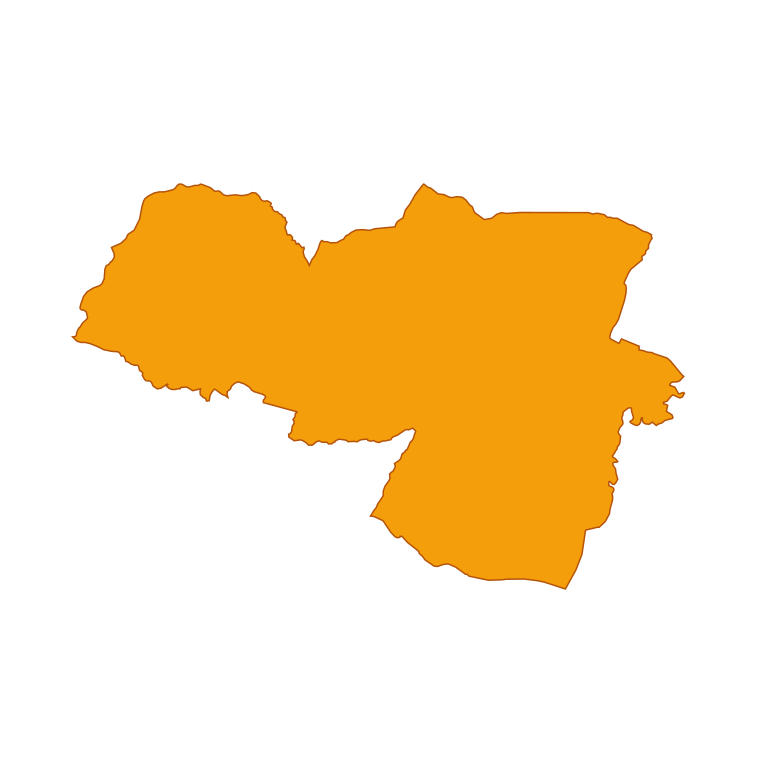 Sesquilé, Cundinamarca, Colombia (orthographic projection), rotated 168°
{"feature_id": "7082276B63627699058168", "entity_name": "Sesquilé", "entity_type": "district", "adm_level": 2, "iso_a3": "COL", "parent_name": "Colombia", "parent_adm1": "Cundinamarca", "projection": "orthographic", "projection_center": [-73.794, 5.015], "detail": "fine", "context": "isolated", "style": "filled", "palette": "amber", "viewbox_px": 768, "rotation_deg": 168, "n_neighbors": 0, "source": "geoboundaries", "source_scale": "gbopen_adm2", "svg_char_len": 6150}
<svg xmlns="http://www.w3.org/2000/svg" viewBox="0 0 768 768"><g transform="rotate(168 384 384)"><path d="M91.3,474.4L94.9,477.5L98.8,479.6L107.0,487.3L111.0,488.9L113.0,490.4L121.5,497.7L125.8,498.6L127.6,499.9L130.7,500.5L133.3,503.8L138.8,506.3L141.3,506.9L144.3,506.8L148.3,509.1L214.9,523.4L228.9,525.4L233.5,527.2L238.7,526.5L244.1,523.7L251.7,524.0L259.5,532.6L260.2,534.7L260.8,539.0L263.2,541.7L265.4,546.6L268.1,549.9L269.8,550.9L273.5,552.0L279.3,552.3L281.6,553.4L285.8,556.7L291.6,558.7L297.3,565.6L300.8,567.9L303.0,570.9L303.9,571.3L314.0,562.8L321.2,554.6L326.8,549.8L330.9,542.5L335.5,540.9L337.8,539.5L339.4,537.7L340.4,535.4L360.9,537.8L365.9,537.2L373.1,539.5L379.5,540.4L384.8,539.0L388.1,537.3L390.3,537.0L393.5,534.0L396.8,533.4L400.0,532.2L401.4,532.2L407.0,533.2L410.2,535.1L412.8,535.6L415.2,537.3L417.3,535.2L420.8,529.1L425.4,523.4L428.5,520.9L432.4,515.5L433.4,519.8L435.4,525.1L435.7,529.1L435.4,530.5L433.9,533.1L433.9,534.5L435.9,534.3L438.4,539.3L439.4,539.4L440.0,538.8L440.8,539.3L441.0,542.1L441.5,542.9L444.0,543.9L443.0,546.3L444.0,548.6L445.4,549.8L447.0,549.7L447.7,550.5L447.8,554.5L448.5,557.7L445.3,562.5L446.2,563.9L446.2,567.2L448.1,568.4L448.7,570.5L451.5,572.9L452.2,574.5L455.2,575.5L456.7,578.2L456.5,580.2L458.0,581.5L458.1,582.1L456.8,583.9L456.9,584.5L459.6,587.1L460.6,587.6L463.3,587.6L465.1,588.8L466.3,590.8L466.7,593.0L469.6,597.4L473.2,598.6L476.8,597.6L482.2,597.6L485.5,598.3L489.9,599.9L498.9,600.9L501.8,602.6L503.9,605.7L505.6,607.2L509.5,607.7L512.8,612.0L521.1,617.4L522.2,617.6L524.1,616.9L528.1,617.6L534.1,617.2L536.8,618.4L539.7,621.2L542.5,622.2L544.8,621.3L547.6,618.9L550.1,617.9L559.0,617.6L564.0,618.7L569.1,618.6L575.1,617.0L579.1,615.1L580.9,613.2L583.7,608.2L588.8,596.0L596.5,586.3L602.9,583.8L604.2,582.7L605.9,580.0L612.2,576.3L622.2,574.2L620.9,568.0L621.4,564.2L624.1,561.1L625.8,560.4L628.6,558.0L630.8,557.6L631.5,557.0L633.2,554.1L635.8,545.1L639.0,540.8L641.4,539.4L648.5,538.3L655.1,536.0L659.7,532.1L664.1,524.9L665.4,522.1L665.5,520.8L664.8,519.6L661.7,518.2L660.2,516.2L660.1,510.7L661.0,509.4L666.2,506.3L669.6,502.8L671.0,502.1L673.6,498.6L674.9,495.5L676.0,494.6L678.8,494.9L675.9,490.3L674.2,489.0L671.6,487.6L667.7,486.8L663.2,484.7L656.6,480.3L650.9,475.8L643.7,472.6L637.7,470.9L636.1,469.3L635.3,466.3L634.8,465.8L633.5,465.8L632.3,464.7L631.8,459.8L629.8,458.8L627.2,456.1L624.4,454.3L621.6,453.7L620.4,452.5L620.3,448.1L618.1,445.9L617.8,444.3L618.6,442.7L617.3,438.4L616.2,436.8L612.2,435.5L611.1,433.8L610.2,429.8L606.6,426.3L602.9,426.3L595.9,429.0L595.6,428.5L597.2,427.7L596.8,426.4L595.8,425.8L595.8,425.1L594.9,424.2L592.3,422.6L588.8,422.0L586.2,422.3L584.6,421.6L582.9,423.1L581.9,422.5L578.3,422.3L577.4,421.8L572.4,417.2L564.4,417.4L565.5,415.0L565.9,411.8L563.8,408.7L561.4,406.8L561.3,404.6L560.9,404.1L558.5,404.0L556.4,409.1L554.4,411.5L551.1,414.2L550.1,413.7L545.6,408.6L543.6,406.7L542.1,406.1L539.5,403.2L539.6,406.9L538.8,409.3L535.5,410.8L533.2,413.8L529.6,415.9L526.2,416.4L520.7,413.2L516.2,408.8L514.8,405.6L512.3,403.3L505.0,399.3L502.8,397.2L502.8,395.3L505.4,393.2L505.9,390.9L474.9,374.9L475.1,374.3L476.9,373.6L477.8,370.5L480.5,368.0L479.5,366.3L480.1,365.2L480.1,364.1L482.6,361.5L484.4,356.4L486.7,354.7L487.7,354.8L488.1,351.9L483.7,347.2L477.5,346.7L476.0,346.1L472.8,343.3L470.2,339.6L469.3,339.8L467.4,339.1L466.3,339.3L462.2,341.5L459.6,341.9L456.4,339.8L452.1,339.0L450.6,336.8L447.3,336.4L446.0,337.2L444.2,337.4L443.5,338.5L439.5,339.4L433.9,337.4L432.2,336.4L431.3,335.1L424.3,333.9L422.9,333.2L421.4,333.2L420.0,334.0L417.7,334.2L412.5,333.7L411.7,333.2L411.6,332.3L409.4,331.0L405.7,330.7L404.2,329.3L401.1,327.8L397.2,328.5L395.0,328.1L388.9,328.1L386.7,330.3L381.6,331.1L372.8,334.7L371.2,334.7L369.4,334.0L365.2,334.9L363.1,332.0L362.9,330.7L364.2,329.2L366.4,325.1L368.3,322.7L370.2,321.8L374.9,315.2L376.9,314.5L377.5,313.3L379.9,312.4L381.1,311.4L382.9,308.0L384.5,306.4L390.3,304.0L390.0,301.7L390.7,299.9L392.8,297.3L397.2,294.9L397.8,290.5L399.2,288.5L404.1,284.0L405.9,281.3L407.1,279.1L408.1,274.7L415.0,268.1L417.5,264.5L419.7,262.8L424.7,257.6L421.4,256.5L413.4,250.5L408.1,237.4L405.1,232.5L403.4,231.1L401.8,230.7L400.3,230.8L399.8,231.8L398.0,231.1L393.8,223.9L385.6,214.1L384.8,212.6L384.7,210.8L382.0,207.1L380.4,203.4L372.9,195.5L369.6,194.4L362.8,195.2L358.4,194.6L352.1,190.1L343.8,180.9L342.3,180.6L340.7,178.3L322.7,170.4L309.6,168.0L304.8,167.6L287.7,164.2L274.2,159.5L268.5,156.9L249.2,145.8L235.1,162.0L225.9,176.0L217.2,199.2L205.0,199.5L203.3,199.1L195.9,203.7L190.5,210.1L188.8,214.8L184.7,222.8L183.8,225.9L183.7,229.4L181.8,231.4L181.1,233.0L181.1,234.2L181.7,235.2L185.1,237.9L184.7,240.8L184.2,241.7L183.4,241.7L181.3,238.4L179.8,237.9L178.0,239.0L175.2,242.3L175.6,248.7L175.2,252.6L176.8,257.0L176.7,258.7L176.4,259.3L175.2,259.6L172.4,259.1L171.5,259.5L173.1,262.8L175.3,264.7L175.6,266.0L172.4,269.0L171.9,270.1L169.9,271.5L168.7,274.1L166.9,275.4L165.6,277.3L163.4,283.7L164.7,286.5L165.0,288.3L162.6,292.0L158.6,295.3L158.2,297.5L158.6,301.2L156.8,304.1L155.9,306.9L150.2,309.7L147.9,309.5L147.0,308.9L147.5,305.7L146.9,299.2L148.7,297.1L151.0,296.3L151.3,295.8L150.3,294.3L147.3,291.9L145.1,290.8L142.7,291.5L141.0,293.3L139.6,297.0L138.4,297.2L138.2,296.7L139.0,295.3L138.3,292.2L136.5,290.6L133.4,289.6L132.1,289.7L129.5,290.9L126.3,286.8L123.8,287.8L120.3,288.1L116.6,290.0L109.2,290.3L108.3,291.1L108.8,294.0L113.5,298.6L111.0,304.0L111.7,305.0L114.6,306.4L114.6,307.9L110.5,308.4L106.9,311.5L103.8,313.4L97.6,308.9L95.4,309.1L94.4,309.7L92.1,312.5L92.8,313.5L97.1,313.0L98.0,313.5L100.1,320.4L104.9,323.3L103.5,325.3L101.7,325.9L96.4,325.2L94.1,325.7L89.2,329.1L90.5,330.7L98.9,346.7L101.8,350.6L113.9,357.7L115.0,358.9L119.9,360.5L123.3,362.6L127.4,364.3L126.6,367.9L142.3,378.7L145.7,374.8L152.4,380.4L153.3,381.5L153.6,382.6L151.6,387.0L148.2,391.6L144.8,394.4L141.3,398.4L131.4,415.8L128.4,422.6L127.1,427.6L127.0,430.5L128.2,432.2L128.0,433.3L121.9,441.6L118.7,444.9L105.6,451.8L105.3,455.2L102.0,456.5L101.1,457.3L100.3,459.7L97.2,461.6L96.2,465.2L92.8,469.7L91.5,470.6L91.8,473.2L91.3,474.4Z" fill="#f59e0b" stroke="#b45309" stroke-width="1.5"/></g></svg>